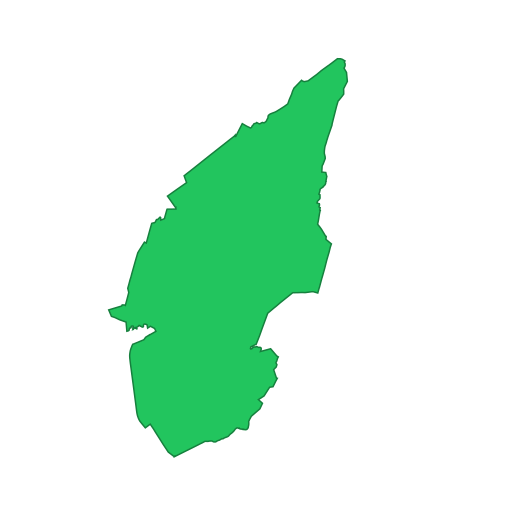 outline of Zeltiņu pag., Aluksne, Latvia, rotated 311°
{"feature_id": "27541924B11156685334807", "entity_name": "Zeltiņu pag.", "entity_type": "district", "adm_level": 2, "iso_a3": "LVA", "parent_name": "Latvia", "parent_adm1": "Aluksne", "projection": "robinson", "projection_center": [26.759, 57.345], "detail": "fine", "context": "isolated", "style": "filled", "palette": "green", "viewbox_px": 512, "rotation_deg": 311, "n_neighbors": 0, "source": "geoboundaries", "source_scale": "gbopen_adm2", "svg_char_len": 5935}
<svg xmlns="http://www.w3.org/2000/svg" viewBox="0 0 512 512"><g transform="rotate(311 256 256)"><path d="M268.6,326.9L273.0,324.8L273.6,324.6L282.2,320.4L284.2,319.5L291.8,315.9L292.6,315.5L299.3,312.1L303.2,310.3L306.7,308.7L311.4,306.3L314.0,305.2L314.6,305.0L314.4,297.9L316.6,296.3L316.4,296.2L319.0,288.3L319.7,285.5L320.4,281.7L324.2,279.5L329.2,276.4L332.3,274.6L332.5,274.7L332.7,274.4L332.5,273.9L334.6,272.7L334.3,271.7L334.8,271.0L336.2,270.5L337.0,269.5L336.0,267.3L336.1,267.2L337.6,266.5L340.7,266.6L341.1,266.6L341.4,266.5L342.0,266.1L344.2,264.1L344.1,263.6L343.9,263.0L344.3,262.8L344.5,262.6L345.1,262.4L345.7,262.2L346.3,261.9L346.5,261.7L347.1,261.4L347.6,261.2L348.0,260.7L348.6,260.6L349.0,260.6L349.7,260.7L350.0,260.8L350.5,260.9L350.6,261.0L351.5,261.2L351.9,261.2L352.1,261.4L352.7,261.2L352.9,261.3L353.4,261.3L353.7,261.3L354.0,261.3L354.7,261.4L355.3,261.3L355.8,261.2L356.1,261.1L356.5,260.9L357.2,260.4L357.8,260.1L358.2,260.0L358.1,259.8L362.6,257.2L362.7,256.9L364.1,254.8L364.8,253.9L362.5,250.6L367.0,247.1L368.1,246.6L369.3,246.4L375.0,244.3L376.3,243.0L377.1,241.9L378.3,240.2L380.2,238.6L382.0,237.4L382.9,236.8L384.3,236.0L387.5,234.7L389.7,233.6L391.4,232.9L392.9,232.2L404.4,227.6L405.8,226.7L410.9,224.1L421.8,218.6L426.8,216.3L427.9,216.4L432.8,216.2L435.7,216.0L438.0,214.0L439.7,212.4L447.7,210.4L453.9,203.9L455.5,199.2L457.3,198.8L458.5,198.1L459.7,196.9L460.3,195.4L461.6,195.2L461.1,192.4L461.0,191.9L460.3,190.4L458.3,188.0L453.3,187.0L450.8,186.5L441.9,184.4L438.4,183.6L436.8,183.4L432.6,182.7L428.2,181.7L422.3,180.4L419.2,178.0L419.2,177.9L419.0,177.5L418.9,177.1L418.5,176.3L418.5,175.1L407.7,174.5L404.3,175.5L401.6,176.7L396.2,178.4L391.6,180.2L386.9,179.1L380.3,177.1L379.0,176.7L377.6,176.2L376.4,175.6L374.4,174.5L372.4,173.5L371.6,173.3L370.2,173.1L369.1,173.6L368.1,174.4L367.0,174.6L364.3,175.3L364.0,175.3L362.7,175.0L362.1,174.8L361.7,174.7L361.4,174.0L361.1,173.4L361.0,173.2L360.8,173.1L358.2,172.1L357.9,171.7L357.8,171.3L357.6,170.8L357.2,168.9L356.9,168.8L356.3,169.0L354.7,167.8L354.2,167.7L353.0,167.9L351.5,167.8L350.4,168.2L349.8,168.2L349.0,167.9L347.9,163.9L346.9,158.8L345.3,159.2L337.6,161.1L334.8,161.8L332.9,162.3L332.4,161.7L333.3,161.0L332.1,161.0L327.7,160.1L318.7,158.4L303.0,155.4L292.2,153.4L281.9,151.5L269.4,149.1L265.8,155.5L259.1,153.8L253.1,152.3L243.1,149.9L242.3,153.3L239.7,163.9L239.8,163.9L238.9,164.8L237.8,163.5L236.0,161.6L234.9,160.3L233.1,158.2L232.6,158.3L230.9,159.1L224.6,162.1L224.4,162.2L224.3,162.4L224.2,162.4L222.5,161.6L220.6,160.6L221.1,160.2L221.9,159.3L222.4,158.9L222.4,158.1L219.0,157.8L218.2,157.0L215.6,157.7L214.6,157.6L213.6,156.8L212.6,156.1L212.2,155.9L204.6,159.5L193.8,164.7L193.3,162.7L183.4,164.2L180.8,164.7L178.2,165.9L173.8,167.9L168.3,170.5L160.9,174.0L158.1,175.4L155.3,176.6L152.1,178.2L147.5,180.4L145.0,183.9L139.4,186.7L133.0,189.8L132.9,189.3L132.6,188.7L131.7,187.6L131.3,187.1L130.5,187.3L130.1,187.4L118.7,180.2L115.6,186.5L116.9,189.6L117.6,192.0L118.4,194.9L120.9,201.3L114.5,207.9L114.8,208.1L115.4,208.5L115.7,208.7L115.9,208.8L116.1,208.9L116.4,208.9L116.8,208.9L117.9,208.2L118.3,208.0L118.6,208.0L118.9,208.1L119.3,208.5L119.5,208.6L120.1,208.6L120.7,208.2L121.1,208.0L121.6,208.2L122.3,209.0L122.5,209.5L121.9,209.9L121.7,210.3L121.3,210.1L120.7,210.2L120.6,210.5L120.8,211.0L120.5,211.1L120.0,211.2L119.7,211.3L120.2,211.6L120.6,211.5L120.9,211.4L121.2,211.3L121.6,211.5L122.7,211.7L122.8,211.8L122.3,212.4L122.4,212.7L122.7,213.0L122.9,213.4L122.7,213.7L122.8,213.9L123.1,213.8L123.3,213.2L123.1,213.0L123.4,212.4L124.1,212.8L125.2,213.1L125.8,213.2L126.0,213.3L126.6,213.2L126.8,213.2L126.9,213.3L127.1,213.6L127.3,213.9L127.2,214.1L127.1,214.4L127.1,214.6L127.1,214.8L127.2,215.0L127.5,215.3L127.6,216.1L127.6,216.5L127.8,216.9L128.0,217.1L128.2,217.3L128.4,217.3L128.6,217.3L128.8,217.3L129.1,217.2L129.3,217.1L129.7,216.6L130.0,216.4L130.4,216.2L130.7,216.2L131.0,216.2L131.3,216.4L131.6,216.7L131.8,217.0L132.1,217.4L132.3,218.1L132.5,218.3L132.6,218.9L132.5,219.1L130.5,221.5L133.7,222.4L134.8,227.0L133.5,229.9L126.1,227.3L126.2,227.2L125.8,227.1L122.3,226.0L122.2,226.0L119.2,226.3L109.2,221.3L108.6,220.9L107.3,221.2L105.4,221.9L103.7,222.5L102.0,223.3L100.2,224.4L98.6,225.5L98.1,225.9L97.2,226.7L96.1,227.8L92.6,231.6L88.2,236.6L74.5,252.1L64.2,263.7L60.7,267.6L59.0,269.6L57.7,271.4L56.6,273.3L55.8,275.0L55.2,276.6L54.8,278.7L54.4,280.9L53.7,285.2L54.6,285.4L59.7,286.5L58.2,292.2L57.1,295.6L54.8,303.4L52.9,309.6L50.4,318.7L50.5,319.0L50.9,325.5L51.5,325.8L51.0,326.1L81.8,338.8L82.2,338.8L82.6,339.1L83.2,339.7L84.0,340.7L84.3,341.1L84.5,341.3L85.2,341.9L85.8,342.3L86.1,342.6L86.4,343.0L86.8,343.3L87.2,343.8L87.6,344.5L87.8,345.7L88.3,346.5L89.0,347.3L89.7,347.7L90.8,348.0L91.2,348.1L91.8,348.4L93.0,349.2L94.4,349.7L95.8,350.1L95.9,350.5L96.4,351.0L97.1,351.2L98.1,351.5L101.0,353.1L102.0,353.4L104.1,353.4L105.1,353.5L106.1,353.8L106.8,353.9L107.8,354.0L108.5,354.1L109.1,354.1L109.9,354.1L110.8,354.0L111.6,353.9L112.9,354.1L113.8,354.4L114.1,354.8L114.5,355.8L115.0,356.1L114.8,356.3L114.8,356.7L115.1,357.4L115.6,358.4L116.2,359.0L117.0,360.1L116.7,360.2L118.2,362.3L119.2,362.9L121.1,362.8L123.8,361.3L125.3,360.1L126.2,359.1L128.4,358.4L132.0,357.6L143.2,359.2L149.1,357.5L149.2,352.0L155.7,353.9L162.9,352.8L165.9,352.4L168.5,354.6L174.6,353.0L177.7,352.3L177.3,351.5L181.8,343.9L184.1,344.0L185.4,344.1L187.7,343.1L188.4,341.2L188.8,340.9L190.3,340.6L192.6,339.5L194.5,339.0L194.2,337.3L195.6,327.9L186.8,322.0L189.3,321.0L190.0,319.9L189.7,318.8L188.8,318.2L188.1,315.9L187.1,315.4L186.4,314.5L184.9,313.7L183.6,313.8L182.4,313.2L182.4,312.6L183.8,311.8L183.9,311.7L188.4,313.5L188.7,313.6L189.3,314.1L198.1,311.0L205.5,308.1L208.4,307.0L220.5,302.4L228.8,303.7L230.9,304.1L236.9,305.0L241.4,305.8L252.4,307.8L254.6,310.3L255.4,311.2L258.6,314.6L260.6,317.1L265.6,321.5L266.6,322.6L268.6,326.9Z" fill="#22c55e" stroke="#15803d" stroke-width="1.5"/></g></svg>